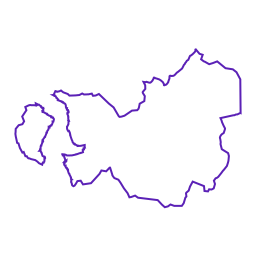 the district of Stordal nor, Møre og Romsdal, Norway
{"feature_id": "86288312B96680032749803", "entity_name": "Stordal nor", "entity_type": "district", "adm_level": 2, "iso_a3": "NOR", "parent_name": "Norway", "parent_adm1": "Møre og Romsdal", "projection": "mercator", "projection_center": [7.073, 62.402], "detail": "fine", "context": "isolated", "style": "outline", "palette": "violet", "viewbox_px": 256, "rotation_deg": 0, "n_neighbors": 0, "source": "geoboundaries", "source_scale": "gbopen_adm2", "svg_char_len": 5675}
<svg xmlns="http://www.w3.org/2000/svg" viewBox="0 0 256 256"><path d="M240.6,113.0L240.3,79.3L236.5,72.2L232.8,69.3L225.5,68.2L217.2,61.4L212.8,63.1L209.2,64.2L204.8,61.7L203.7,61.3L201.1,59.3L202.6,55.1L202.7,54.8L199.5,53.8L195.3,48.8L195.5,49.7L195.4,51.0L194.8,52.0L192.7,54.1L191.1,55.4L190.3,55.7L189.9,56.1L188.3,59.8L186.8,60.8L185.9,62.3L185.3,62.9L184.8,64.0L184.0,64.8L183.7,65.3L183.3,66.2L182.1,68.5L178.1,71.8L176.9,72.6L174.9,74.8L174.0,75.5L173.4,75.8L171.7,76.0L170.2,75.7L169.6,76.1L169.5,76.5L169.4,78.7L168.9,79.8L168.7,80.6L168.3,81.4L168.3,82.0L167.3,83.5L166.2,84.6L164.2,85.3L164.0,85.2L163.9,84.9L163.9,84.0L162.8,82.1L160.7,80.3L159.2,79.4L156.5,78.5L155.3,78.2L154.6,77.7L154.1,77.6L153.9,77.6L153.7,77.9L153.6,78.5L152.4,80.7L151.1,82.1L150.4,82.6L149.8,82.7L149.0,82.6L146.4,81.8L145.4,82.2L143.5,81.9L145.2,85.3L145.3,88.9L142.8,91.9L142.7,92.3L142.8,92.8L143.1,93.4L144.8,96.1L144.6,98.2L144.3,101.1L139.7,103.7L139.0,107.2L138.5,108.8L137.2,110.2L132.0,110.6L124.5,115.7L121.6,116.6L119.6,116.9L118.8,116.3L113.6,107.4L108.9,103.6L98.9,94.0L95.7,95.5L93.0,95.8L91.8,93.6L88.6,94.3L84.0,94.5L82.2,93.5L79.4,95.0L75.4,95.4L69.4,95.6L67.8,94.0L63.2,92.3L61.0,90.5L59.6,91.2L57.1,91.8L56.9,91.5L55.4,91.1L53.6,94.9L52.9,95.0L54.1,95.6L54.6,95.5L54.6,96.0L55.6,96.2L55.8,96.7L56.3,97.4L56.4,97.9L56.9,98.0L57.3,98.6L57.8,99.1L57.7,99.8L58.2,99.8L58.2,100.3L58.7,100.4L59.5,100.8L61.7,101.4L61.7,101.9L62.9,102.1L62.9,102.6L63.7,102.7L64.2,103.4L64.9,103.6L65.3,104.0L65.8,105.2L65.9,107.1L66.1,107.4L66.3,108.1L67.0,108.1L66.9,108.6L66.9,109.6L67.6,109.8L67.6,110.3L68.1,110.3L68.2,110.7L68.2,111.5L68.1,112.0L68.6,111.9L68.6,112.2L68.1,112.2L67.9,113.0L67.4,113.0L67.3,113.5L67.3,113.9L67.6,114.7L68.1,115.4L68.1,116.6L68.4,116.9L68.4,117.3L68.2,117.8L68.2,118.1L68.5,119.8L68.9,120.8L68.4,120.8L68.5,121.0L68.5,121.5L68.4,124.2L68.2,124.5L67.7,125.7L67.0,126.7L67.1,128.9L67.6,130.1L67.8,130.3L68.0,130.8L68.7,130.8L68.7,131.3L69.2,131.3L69.4,131.8L69.8,132.5L69.8,133.0L70.1,133.8L70.1,135.0L70.4,135.2L70.4,135.7L70.7,136.7L71.7,139.6L72.5,141.3L72.5,141.8L72.8,142.5L73.6,143.2L73.7,143.7L74.4,143.7L74.5,144.1L74.9,144.1L75.0,144.6L75.7,144.7L76.9,145.4L77.7,145.5L77.7,146.0L80.9,145.8L84.7,145.0L84.7,146.0L84.7,147.2L84.8,147.5L84.3,147.5L84.1,148.7L83.6,148.7L83.9,149.5L82.7,150.0L82.8,150.5L82.9,151.7L83.0,152.2L81.1,152.9L80.6,152.9L80.4,153.1L79.6,153.2L77.0,154.2L76.2,154.2L76.0,154.5L71.9,155.4L67.0,155.5L65.8,154.8L64.3,154.4L63.1,154.4L62.8,154.2L62.3,154.3L62.5,154.8L62.7,155.0L62.8,155.5L64.1,155.7L64.0,156.0L64.2,156.5L64.2,156.9L64.5,157.2L64.5,157.9L64.8,158.4L65.3,160.1L65.3,160.3L65.1,160.8L64.7,161.3L65.9,160.9L66.4,160.5L66.3,161.3L66.2,161.5L64.5,162.3L64.6,163.0L64.1,163.1L64.2,164.8L64.9,165.4L65.6,165.5L65.5,165.9L65.3,166.2L65.3,166.4L65.8,166.9L65.9,167.6L66.7,167.7L67.0,168.1L67.0,168.6L67.3,168.8L67.3,169.3L67.9,169.5L67.8,169.8L67.8,170.3L68.1,170.5L68.1,171.5L68.6,172.7L68.7,173.2L69.4,173.9L69.4,174.6L69.7,174.9L70.2,175.8L70.5,176.8L71.0,177.3L71.0,178.0L71.3,179.0L71.7,179.4L71.2,179.5L71.3,179.7L71.3,180.2L71.1,181.9L71.4,182.1L71.4,182.6L71.9,183.8L71.9,184.3L72.2,185.3L73.4,186.2L74.5,185.7L75.8,183.9L77.4,181.1L80.7,180.7L83.0,184.4L91.0,183.2L99.5,173.9L101.4,170.5L106.2,171.3L109.6,167.7L110.1,167.7L112.3,174.7L112.4,175.4L113.1,176.4L114.1,177.8L114.7,178.2L118.4,179.7L120.5,182.7L123.9,188.3L127.6,193.2L129.4,197.3L131.2,197.0L135.1,195.6L138.0,197.7L157.7,200.1L161.9,204.6L164.8,207.2L167.9,206.4L170.5,204.5L174.3,205.9L181.8,205.9L183.7,203.2L185.4,197.6L186.4,196.5L186.0,193.3L186.3,192.7L188.7,190.6L190.0,186.6L192.7,181.6L204.0,186.1L204.5,191.0L208.0,191.4L209.1,189.3L211.6,189.5L213.7,188.4L215.0,184.0L213.9,180.7L215.6,178.3L217.0,177.8L218.3,176.8L221.4,172.9L223.0,170.7L223.8,169.9L226.9,166.0L227.9,162.9L228.3,161.4L228.5,160.3L228.9,156.0L228.1,153.1L221.8,149.2L220.5,144.0L220.7,142.9L220.7,141.9L220.3,139.3L219.9,137.8L220.0,137.2L220.3,136.3L221.2,134.9L221.9,134.2L223.7,133.0L224.9,129.4L225.0,128.4L223.5,125.5L223.2,124.8L222.0,122.1L221.6,120.6L220.5,118.1L233.2,115.3L234.5,115.2L235.9,114.5L237.4,114.4L240.4,112.9L240.6,113.0ZM42.2,164.7L42.6,163.0L42.8,162.6L43.2,162.8L43.7,162.7L43.8,162.2L44.3,161.7L44.5,160.2L44.4,160.3L44.4,158.7L45.1,158.2L45.0,157.2L44.2,157.0L44.2,156.5L43.5,156.4L42.5,155.9L41.8,153.7L41.8,153.2L41.5,153.0L41.3,152.2L41.0,152.0L40.6,150.8L39.4,150.8L39.8,150.3L40.1,149.1L40.6,149.1L40.6,146.9L40.9,145.6L41.4,145.6L41.5,144.9L42.2,142.9L42.4,142.7L42.8,141.9L42.3,141.9L42.5,140.2L43.0,140.2L43.1,139.5L43.3,139.0L44.2,137.9L44.6,137.0L45.1,136.9L45.2,136.2L45.4,135.9L46.1,134.2L46.3,133.5L46.4,132.7L46.9,132.7L47.4,130.7L48.1,130.0L48.4,129.5L48.6,128.5L48.6,128.0L48.7,127.5L49.2,127.5L48.9,126.8L49.6,126.8L49.6,126.3L50.3,126.2L50.4,125.7L50.6,125.6L51.3,125.5L51.3,125.0L51.9,124.7L52.3,123.7L52.8,122.2L52.6,121.5L53.4,121.5L53.9,119.5L53.9,119.0L53.4,118.3L53.2,117.8L52.8,117.8L52.7,117.4L51.5,117.4L51.5,116.7L51.0,116.7L51.0,116.2L49.0,115.6L48.5,115.2L47.5,114.8L47.3,114.1L46.8,114.1L46.7,113.6L45.5,113.3L44.3,112.4L42.5,112.0L42.3,110.8L43.3,110.3L43.3,108.8L43.4,108.6L42.7,108.4L42.9,107.9L42.2,107.9L42.1,107.4L41.2,107.2L40.9,106.0L39.3,105.3L39.0,104.7L38.2,104.6L35.8,103.4L35.9,104.0L36.7,105.4L36.4,105.6L34.3,105.2L31.3,105.2L30.1,105.0L28.6,105.4L25.3,107.0L26.4,110.2L22.2,116.5L24.1,121.3L22.4,124.2L18.7,125.2L15.7,128.9L15.6,131.9L15.4,133.9L15.8,136.6L16.8,141.1L17.1,142.8L18.5,143.4L19.9,148.0L22.4,152.6L23.7,152.0L25.4,156.2L26.8,156.2L27.6,157.6L28.4,158.3L29.2,158.3L31.1,159.1L35.3,160.1L37.5,161.7L39.0,163.2L42.2,164.7Z" fill="none" stroke="#5b21b6" stroke-width="2"/></svg>